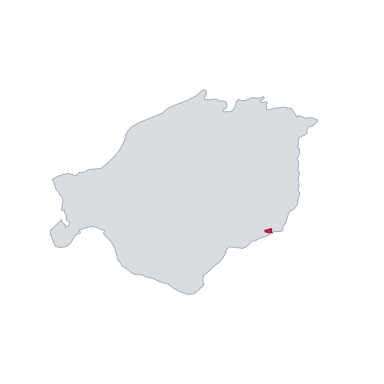 Certeze, Satu Mare, Romania (highlighted), rotated 148°
{"feature_id": "2599482B10692597376831", "entity_name": "Certeze", "entity_type": "district", "adm_level": 2, "iso_a3": "ROU", "parent_name": "Romania", "parent_adm1": "Satu Mare", "projection": "robinson", "projection_center": [23.542, 47.91], "detail": "fine", "context": "in_parent", "style": "filled", "palette": "rose", "viewbox_px": 384, "rotation_deg": 148, "n_neighbors": 0, "source": "geoboundaries", "source_scale": "gbopen_adm2", "svg_char_len": 4611}
<svg xmlns="http://www.w3.org/2000/svg" viewBox="0 0 384 384"><g transform="rotate(148 192 192)"><path d="M290.8,211.2L294.1,215.1L298.3,217.2L307.8,219.4L308.6,219.1L308.7,218.7L308.0,218.2L307.9,217.4L308.4,216.5L309.7,216.5L311.8,217.3L315.9,216.1L321.8,213.0L327.3,212.4L332.4,214.2L335.0,216.4L336.7,218.4L336.3,220.9L336.0,222.5L334.9,229.0L334.1,231.5L332.7,234.3L317.1,237.6L318.1,236.0L317.6,233.2L316.9,231.1L318.3,229.2L314.8,228.5L313.3,229.6L312.1,231.4L313.3,235.5L311.6,237.8L311.0,239.1L311.0,242.2L310.0,243.5L309.9,244.9L312.3,244.6L311.3,247.2L306.7,252.2L305.1,255.3L305.8,267.2L303.9,274.4L303.8,276.5L298.8,276.5L297.3,276.4L292.5,275.3L287.1,273.4L283.9,269.7L281.9,267.1L277.4,268.3L276.6,267.9L275.3,266.7L271.9,265.8L267.7,265.8L258.2,261.0L257.2,260.2L249.8,261.0L238.8,263.4L230.4,266.3L221.7,271.6L218.2,275.5L214.1,277.6L208.3,279.2L197.9,278.6L187.0,276.6L175.3,274.5L169.0,275.7L160.5,274.8L147.6,272.2L138.0,271.4L128.6,272.9L127.0,271.8L126.7,270.5L127.0,268.6L128.4,267.1L130.7,265.9L131.9,264.8L132.0,263.6L129.4,261.7L124.2,259.1L122.1,257.5L121.5,257.1L121.4,255.6L120.3,254.5L118.3,253.6L116.7,252.1L115.6,249.9L115.8,247.8L117.4,245.9L119.5,245.0L122.0,245.3L123.0,244.7L122.6,243.4L120.2,241.6L115.7,239.5L111.2,240.7L106.6,245.1L103.3,245.8L101.2,242.8L97.6,241.1L92.4,240.5L89.3,239.4L88.1,237.6L85.8,236.3L80.8,234.9L80.8,233.6L81.6,233.2L83.4,233.1L85.7,232.8L86.1,232.1L86.2,231.4L84.3,230.5L82.4,229.9L81.4,229.3L80.8,228.6L80.7,227.9L81.2,227.4L82.0,227.4L82.8,227.0L83.2,225.4L84.2,224.1L85.0,223.6L84.9,222.7L84.2,221.8L83.1,221.0L81.6,220.5L76.9,219.1L74.5,217.2L73.0,217.2L70.7,216.1L68.2,214.4L66.1,212.1L63.8,210.6L63.2,209.9L63.1,209.3L63.5,208.7L63.5,208.0L63.0,205.7L63.4,203.2L63.3,200.9L63.3,199.9L62.9,199.6L62.5,199.9L61.9,200.4L61.3,200.4L59.6,198.8L57.5,195.4L56.0,194.2L53.1,192.7L50.7,191.4L49.0,188.5L47.3,186.3L48.5,185.4L55.4,184.1L58.6,185.4L60.1,184.9L61.5,183.9L62.3,183.1L62.4,182.2L63.1,181.1L65.5,180.6L71.7,181.3L74.2,179.7L75.1,178.9L75.7,177.1L76.3,175.6L78.6,174.8L78.5,173.5L78.2,172.0L79.6,168.8L80.3,167.4L81.6,166.9L83.1,165.9L85.8,163.8L85.2,161.9L85.7,160.5L88.5,157.2L90.6,154.0L90.6,152.3L90.9,150.9L92.7,149.4L94.7,147.4L97.3,141.1L98.2,140.0L99.8,138.8L101.1,137.6L101.3,133.5L102.4,132.3L104.7,130.9L106.9,128.8L108.7,126.2L110.1,125.1L111.9,124.7L113.9,123.7L116.2,123.4L118.3,123.9L119.7,123.6L121.8,122.4L127.1,117.7L127.8,116.8L128.9,116.1L133.2,114.5L134.3,112.9L135.7,111.4L137.6,111.6L143.8,115.1L150.5,114.9L151.7,115.0L152.1,115.1L152.9,115.4L161.7,117.2L163.1,117.0L163.4,116.8L167.0,118.3L170.1,118.1L173.1,117.1L176.2,116.8L179.1,117.4L181.3,119.4L186.9,123.8L188.6,125.4L191.2,125.2L194.1,124.4L196.9,121.4L205.8,118.1L212.5,117.3L219.1,116.0L226.8,115.0L228.9,112.3L230.1,110.5L231.0,107.0L235.1,106.1L239.0,105.4L240.4,104.9L243.2,104.8L245.4,105.1L248.9,106.8L251.3,108.9L252.3,110.6L254.4,113.0L256.6,116.3L259.0,120.7L259.6,123.0L260.6,125.4L262.4,128.4L265.8,131.7L266.3,132.3L267.9,134.6L271.0,139.7L273.5,141.8L275.7,144.0L276.8,146.2L278.4,148.3L282.1,151.0L285.2,153.4L287.7,160.5L289.4,163.7L290.5,166.2L290.2,171.2L290.9,173.4L289.6,177.3L287.3,185.2L286.9,191.5L287.4,194.8L287.5,197.0L288.1,198.4L288.8,201.3L289.0,203.8L288.1,204.5L286.9,205.1L286.5,205.6L287.6,206.7L289.2,208.8L290.8,211.2Z" fill="#d9dde1" stroke="#a8b0b8" stroke-width="1"/><path d="M146.5,116.0L146.4,116.0L146.3,115.9L146.2,115.9L145.9,115.8L145.8,115.7L145.8,115.8L145.9,116.2L145.9,116.3L145.9,116.5L145.7,116.6L145.6,116.8L145.4,117.0L145.2,117.2L145.1,117.3L145.2,117.5L145.1,117.8L145.1,118.1L144.9,118.1L144.7,118.1L144.4,118.2L144.4,118.3L144.4,118.2L144.4,118.3L144.4,118.5L144.5,118.7L144.8,118.8L144.9,118.7L144.9,118.8L145.0,118.8L145.2,119.0L145.3,119.0L145.5,119.1L145.8,119.2L146.0,119.2L146.3,119.3L146.2,119.3L146.3,119.3L146.5,119.4L146.8,119.4L146.8,119.5L147.0,119.7L147.3,119.7L147.5,119.7L147.8,119.7L148.0,119.6L148.3,119.7L148.5,119.7L148.8,119.7L149.0,119.7L149.1,119.8L149.3,119.8L149.3,120.0L149.5,120.3L149.8,120.4L149.8,120.5L150.0,120.6L150.1,120.4L150.3,120.4L150.5,120.3L150.5,120.2L150.8,120.0L150.8,119.9L150.8,119.7L150.7,119.6L150.6,119.4L150.5,119.2L150.4,119.1L150.2,119.0L150.0,118.9L150.0,118.7L149.9,118.6L149.6,118.6L149.4,118.6L149.2,118.5L149.2,118.4L149.2,118.2L149.0,117.9L149.1,117.7L148.9,117.6L148.8,117.4L148.7,117.3L148.7,117.2L148.5,116.9L148.4,116.9L148.3,117.0L148.2,117.0L147.9,117.0L147.8,116.9L147.7,116.9L147.6,116.7L147.4,116.6L147.1,116.5L146.9,116.5L146.9,116.4L146.7,116.3L146.6,116.2L146.5,116.0Z" fill="#f43f5e" stroke="#9f1239" stroke-width="1.5"/></g></svg>